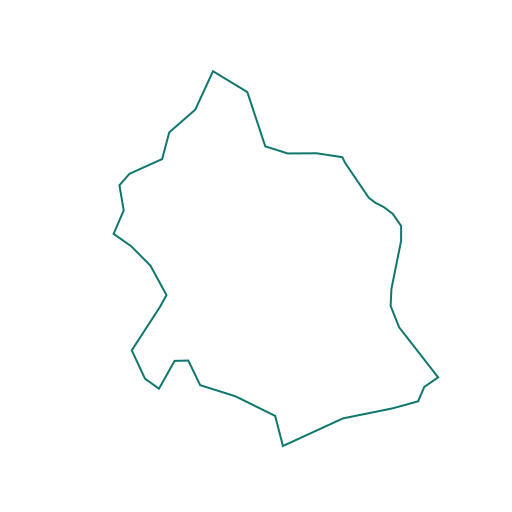 Santa Catarina, Mercator projection, rotated 162°
{"feature_id": "CPV-5046", "entity_name": "Santa Catarina", "entity_type": "state/province", "adm_level": 1, "iso_a3": "CPV", "parent_name": "Cabo Verde", "parent_adm1": "", "projection": "mercator", "projection_center": [-23.71, 15.076], "detail": "fine", "context": "isolated", "style": "outline", "palette": "teal", "viewbox_px": 512, "rotation_deg": 162, "n_neighbors": 0, "source": "natural_earth", "source_scale": "10m", "svg_char_len": 663}
<svg xmlns="http://www.w3.org/2000/svg" viewBox="0 0 512 512"><g transform="rotate(162 256 256)"><path d="M239.8,445.0L213.6,414.6L213.3,357.4L194.1,343.7L166.7,335.0L143.4,323.3L142.4,316.8L130.8,276.7L126.1,269.8L119.4,263.1L112.9,253.8L108.7,239.7L113.3,225.6L137.4,182.8L143.4,166.9L141.9,143.9L120.3,84.3L136.4,79.5L146.7,67.7L173.1,68.9L223.6,74.7L289.1,67.0L287.2,98.0L319.0,129.0L349.0,150.4L352.7,177.5L365.8,181.4L389.3,159.8L399.5,173.6L403.3,204.7L363.5,236.9L353.2,246.5L359.4,279.5L371.7,303.9L384.6,321.0L367.7,340.3L364.0,365.5L350.9,373.3L315.3,377.2L300.3,400.4L268.5,414.0L239.8,445.0Z" fill="none" stroke="#0f766e" stroke-width="2"/></g></svg>